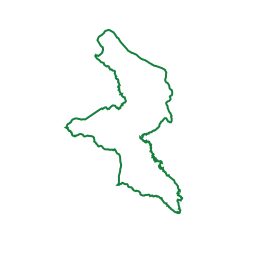 Nova Brasilândia, Mato Grosso, Brazil, rotated 247°
{"feature_id": "56859067B53248656443565", "entity_name": "Nova Brasilândia", "entity_type": "district", "adm_level": 2, "iso_a3": "BRA", "parent_name": "Brazil", "parent_adm1": "Mato Grosso", "projection": "albers", "projection_center": [-55.084, -14.745], "detail": "fine", "context": "isolated", "style": "outline", "palette": "green", "viewbox_px": 256, "rotation_deg": 247, "n_neighbors": 0, "source": "geoboundaries", "source_scale": "gbopen_adm2", "svg_char_len": 5921}
<svg xmlns="http://www.w3.org/2000/svg" viewBox="0 0 256 256"><g transform="rotate(247 128 128)"><path d="M183.5,170.4L186.4,167.3L188.9,165.8L192.1,164.5L195.4,161.4L195.8,160.7L197.0,160.0L199.0,158.3L200.6,158.0L210.3,154.7L214.5,154.2L215.0,153.8L215.5,153.2L218.6,152.8L221.6,152.1L225.1,149.4L225.8,148.6L226.2,145.2L225.7,143.9L224.9,143.2L223.9,140.4L223.5,137.3L223.1,136.5L220.8,134.2L214.9,135.0L213.3,135.4L212.3,136.3L211.1,136.1L209.5,135.4L208.9,135.0L208.5,134.4L207.4,133.8L206.3,130.8L205.9,128.9L206.4,128.7L206.7,128.2L206.7,127.5L207.8,126.9L207.1,126.0L205.5,126.2L203.8,126.7L201.5,128.2L199.2,128.9L197.3,131.1L195.8,130.8L195.1,131.0L192.9,132.5L193.0,133.3L192.4,134.2L191.1,134.5L190.5,134.2L189.4,134.5L188.7,134.5L188.3,135.8L187.0,136.1L186.2,137.5L185.8,137.9L185.2,138.1L184.1,137.6L183.5,137.1L181.2,137.1L180.0,137.3L179.8,136.7L178.7,136.3L177.4,136.7L177.1,137.5L176.6,137.8L174.9,137.5L174.6,137.0L173.4,136.8L173.0,137.1L170.5,137.0L170.5,136.3L170.1,135.9L170.1,135.3L169.7,134.9L169.0,135.4L168.2,135.6L167.9,135.1L166.4,135.0L166.4,134.4L165.8,134.7L165.0,134.5L163.4,134.8L162.7,134.8L162.1,134.2L161.7,135.8L160.9,135.0L159.2,135.2L158.8,135.7L158.0,135.9L157.7,136.4L157.6,136.9L153.5,136.5L152.6,135.1L152.9,134.5L152.4,132.0L151.9,132.4L151.2,131.9L151.5,131.5L151.2,131.1L151.0,130.2L150.6,129.5L149.3,128.6L149.6,127.9L149.0,126.8L149.4,126.5L150.8,126.4L150.8,125.6L151.6,125.2L153.5,124.9L154.7,122.9L154.6,121.8L153.9,119.7L153.0,118.2L153.4,117.8L153.3,116.5L155.6,115.9L155.9,115.2L155.8,113.5L155.4,112.1L156.2,111.6L156.0,109.3L152.6,92.0L153.6,90.1L154.0,88.2L155.1,87.1L155.4,86.4L156.7,84.8L157.3,83.4L157.5,81.6L157.3,79.9L156.6,78.6L155.9,78.2L155.6,77.6L155.6,76.7L155.2,76.1L155.1,73.9L154.0,72.7L153.2,72.4L152.8,71.7L152.7,71.0L152.2,71.5L151.2,71.9L151.2,72.5L150.6,72.2L149.7,72.3L148.9,72.8L148.2,72.7L147.7,73.8L146.9,73.9L146.3,73.8L146.0,74.3L145.5,74.1L144.5,74.2L143.6,73.9L142.8,74.0L142.5,74.5L141.5,75.2L141.7,76.0L141.1,76.1L141.0,76.7L141.2,77.4L141.1,79.2L141.3,81.2L140.7,82.6L139.3,83.9L137.9,84.0L137.3,84.4L136.9,85.8L136.8,88.0L136.2,88.5L134.6,91.5L132.9,92.8L132.2,92.8L131.5,92.5L130.7,92.6L128.6,91.6L127.4,92.6L126.2,92.5L124.7,93.3L123.4,93.3L122.8,93.5L122.4,93.9L122.4,95.6L121.9,96.4L121.2,96.9L119.2,97.3L117.8,98.1L117.4,98.5L116.6,100.1L116.0,101.7L115.1,102.4L114.3,105.0L113.5,105.5L113.2,106.1L113.6,106.7L113.7,107.3L113.1,107.7L109.7,107.9L108.9,108.1L107.4,109.4L106.4,109.6L104.4,109.4L100.0,107.8L97.1,107.4L95.1,106.4L93.2,104.8L91.0,103.7L87.4,100.9L80.5,98.0L79.7,96.2L79.3,97.1L79.2,97.9L79.5,99.1L79.2,99.8L79.3,100.3L79.7,100.7L79.8,101.4L79.2,102.1L77.9,102.8L77.0,104.3L76.8,105.1L76.3,105.5L74.9,105.5L74.4,105.3L73.6,105.5L72.8,106.5L72.1,107.9L70.4,108.6L70.0,108.3L68.4,108.9L66.8,110.6L66.9,111.5L65.4,113.3L64.8,113.4L64.4,113.7L63.7,114.0L62.3,113.5L61.6,113.7L60.5,114.7L59.9,115.5L59.8,116.2L59.4,116.7L59.6,117.4L58.6,120.7L58.2,121.5L56.7,121.7L56.8,122.3L56.5,122.9L56.5,123.7L56.0,123.8L55.8,124.4L55.1,124.6L54.8,125.8L54.9,126.5L54.4,127.7L53.6,127.8L53.3,128.3L53.4,128.8L52.6,129.6L50.5,130.5L50.6,131.1L50.3,131.5L49.8,131.6L49.0,131.3L45.1,132.2L43.9,133.1L43.6,133.9L43.0,133.6L41.2,134.4L40.9,134.0L40.6,134.7L39.8,135.0L38.9,134.8L37.9,135.8L37.0,135.7L34.5,137.4L33.2,137.9L32.1,138.6L31.5,139.5L31.3,141.1L30.6,141.3L30.2,140.8L29.9,141.3L29.8,142.5L30.7,143.0L31.8,144.0L33.4,143.9L33.8,143.3L34.6,144.2L36.8,144.4L39.6,145.2L40.8,144.9L42.1,145.2L42.5,146.1L40.7,148.2L41.4,148.7L41.9,150.3L42.5,150.5L43.1,149.9L43.6,149.7L44.2,149.9L45.2,149.1L46.5,147.7L47.1,148.2L47.5,148.9L48.5,147.9L49.8,149.5L49.2,150.8L50.2,151.3L50.8,151.4L51.2,150.7L53.5,150.6L54.8,151.2L57.5,150.6L59.4,149.7L61.1,150.0L62.4,149.8L63.1,149.2L67.2,147.0L68.7,147.0L68.8,145.4L69.4,145.2L72.5,145.3L73.1,144.6L74.1,144.4L74.6,143.7L75.4,144.2L76.3,143.9L77.6,144.6L77.7,143.3L78.6,143.0L77.7,142.2L78.2,141.8L79.6,141.4L80.3,141.5L80.4,142.8L81.0,142.8L81.4,142.3L82.3,143.7L82.9,144.1L83.3,144.9L82.7,145.5L84.0,145.7L84.9,144.9L85.1,143.3L85.6,142.7L86.7,142.5L87.5,141.7L86.7,141.6L86.3,141.0L86.5,139.9L87.2,140.0L88.0,139.7L88.5,140.3L88.9,139.7L89.7,139.8L89.4,140.6L89.5,141.4L90.0,141.0L90.3,140.4L90.7,140.8L91.3,140.7L91.6,140.2L91.4,139.6L91.6,139.0L92.7,139.8L93.3,139.7L93.7,140.3L93.4,140.9L93.8,141.3L95.1,140.6L96.4,140.3L97.2,140.5L97.7,139.6L99.4,140.9L100.0,141.2L100.8,141.0L101.1,141.7L101.8,141.6L103.4,142.6L103.7,142.0L104.2,142.5L104.7,142.0L106.9,142.1L106.9,141.3L107.8,141.2L108.0,140.0L107.6,139.3L107.7,138.7L108.1,138.4L108.4,139.6L109.1,139.8L109.0,139.0L110.1,137.1L111.4,137.1L111.9,136.5L112.8,136.1L113.4,135.6L114.2,135.4L114.9,135.7L113.9,136.2L113.7,136.7L113.8,137.5L114.2,138.2L115.5,138.1L116.0,139.5L115.6,139.8L115.9,140.2L116.0,140.9L115.4,142.0L114.7,142.2L115.4,143.4L115.1,143.7L114.8,144.3L114.8,145.0L115.4,145.3L115.4,146.7L114.9,148.1L115.5,149.2L115.6,150.0L115.7,150.8L115.2,151.3L115.9,154.0L116.3,154.5L116.2,155.3L116.6,155.8L117.2,157.4L118.9,158.4L119.7,159.3L119.7,159.8L120.5,160.5L120.9,161.1L120.9,162.4L121.3,162.8L122.6,165.3L122.6,165.8L122.0,167.0L118.3,167.5L118.0,168.1L117.2,168.6L116.7,169.2L116.5,169.8L116.8,170.3L117.2,170.7L119.4,171.9L120.9,171.9L121.6,172.1L121.9,172.8L123.1,172.9L123.7,172.7L125.1,172.9L125.7,172.5L128.2,172.2L128.9,172.4L130.8,172.3L132.6,173.0L134.0,172.7L135.5,172.7L136.2,173.0L136.8,174.2L137.0,175.1L136.8,176.1L136.9,176.7L137.6,178.2L138.7,178.7L140.6,178.8L140.9,179.3L141.0,181.0L141.4,181.5L143.1,182.5L144.8,183.0L146.2,183.0L146.7,182.3L147.6,181.9L148.2,181.8L151.1,182.5L153.2,182.2L154.1,182.0L155.1,181.0L156.7,180.8L157.5,180.9L158.5,181.4L159.6,182.6L162.8,184.1L164.2,185.0L165.4,184.8L167.0,184.8L168.2,184.0L170.1,182.4L174.2,177.9L175.3,176.2L176.1,175.8L176.7,175.0L177.4,174.9L177.9,174.5L179.1,173.3L180.9,172.3L183.5,170.4Z" fill="none" stroke="#15803d" stroke-width="2"/></g></svg>